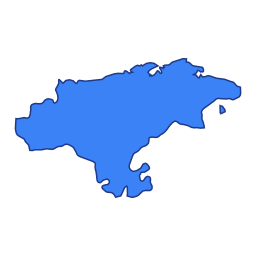 outline of Cantabria
{"feature_id": "ESP-5813", "entity_name": "Cantabria", "entity_type": "Autonomous Community", "adm_level": 1, "iso_a3": "ESP", "parent_name": "Spain", "parent_adm1": "", "projection": "orthographic", "projection_center": [-3.983, 43.14], "detail": "fine", "context": "isolated", "style": "filled", "palette": "blue", "viewbox_px": 256, "rotation_deg": 0, "n_neighbors": 0, "source": "natural_earth", "source_scale": "10m", "svg_char_len": 4221}
<svg xmlns="http://www.w3.org/2000/svg" viewBox="0 0 256 256"><path d="M58.8,79.7L59.0,79.7L59.5,79.8L63.0,83.3L65.8,80.5L69.6,79.8L73.3,80.9L75.8,83.3L76.7,83.3L78.1,81.0L79.3,80.4L85.5,81.2L102.1,79.4L105.8,76.6L114.2,73.9L117.4,73.4L123.3,73.5L124.1,73.0L124.2,72.1L124.4,71.2L125.5,70.8L126.5,71.2L129.7,73.5L130.4,72.6L130.9,72.4L131.6,72.4L132.4,72.2L131.8,71.9L130.6,70.8L130.6,69.7L135.2,66.3L137.5,65.3L139.7,65.9L141.3,64.9L141.7,65.1L142.4,65.9L146.3,63.5L150.3,62.7L154.2,63.4L157.9,65.9L152.1,68.6L149.7,70.2L147.9,72.2L149.3,73.9L150.0,74.4L150.7,74.8L150.2,74.9L149.9,74.9L149.6,75.1L149.7,75.9L151.2,76.0L152.4,75.8L154.3,74.8L155.2,73.9L157.0,71.3L157.5,70.8L158.7,71.2L159.9,73.0L161.2,73.4L161.7,72.7L161.4,71.0L160.6,69.3L159.8,68.4L159.7,67.3L161.6,67.5L162.4,67.8L163.3,68.4L163.5,67.5L164.3,67.3L163.3,65.9L164.7,65.2L168.7,65.0L170.2,64.0L171.5,62.7L173.0,61.9L183.1,58.7L186.5,58.9L186.2,62.0L188.5,62.2L190.3,63.5L191.8,65.0L193.0,65.8L202.2,67.3L202.9,68.0L203.3,68.9L203.5,70.0L203.3,71.6L202.7,71.9L201.9,71.7L200.8,72.0L200.3,71.5L199.0,70.7L197.8,70.3L197.2,71.3L196.7,72.4L195.7,73.4L193.6,74.6L196.2,75.1L197.7,77.2L199.0,78.0L200.8,74.6L202.3,76.7L204.2,76.9L208.1,75.7L210.0,76.0L216.4,78.2L224.6,79.3L230.7,81.5L232.4,81.9L233.8,82.6L236.9,86.1L240.4,87.2L240.5,88.4L240.6,93.8L240.1,95.5L239.2,96.8L233.5,99.7L232.2,99.6L229.3,98.5L225.8,99.0L217.6,98.4L215.8,99.3L214.3,100.8L203.2,108.9L201.8,110.8L201.4,112.5L201.8,113.7L202.0,115.1L202.0,116.5L201.9,117.8L201.9,119.1L202.4,120.4L203.0,121.7L204.0,125.5L204.3,127.8L200.5,128.1L196.5,127.6L194.1,127.8L191.5,127.3L187.9,125.6L184.1,124.6L180.2,124.0L179.1,123.4L177.0,121.7L175.8,121.2L174.3,121.4L172.4,122.7L169.7,125.6L166.5,130.0L164.5,132.1L163.0,133.4L160.5,134.8L158.5,136.6L157.3,137.2L156.0,137.4L152.2,137.1L150.9,137.2L149.7,137.6L148.9,138.3L148.9,139.8L148.8,141.5L148.3,143.3L146.6,145.1L145.3,145.8L143.3,146.5L141.1,147.7L138.4,150.8L135.9,152.4L134.8,152.9L133.8,153.7L133.6,153.9L132.5,156.1L129.4,164.7L129.2,166.1L129.2,167.4L129.8,168.7L130.7,169.9L131.8,170.8L133.1,171.3L134.4,171.3L136.9,170.5L140.4,168.4L141.3,167.4L142.5,165.1L143.1,164.1L144.2,163.7L145.4,163.3L146.5,163.7L147.5,164.6L148.4,165.8L149.2,167.0L149.5,168.2L148.8,169.5L144.7,172.1L140.9,172.4L140.7,173.1L140.6,174.0L139.8,174.8L139.4,175.7L139.9,177.9L140.0,179.2L140.5,180.3L141.5,181.0L142.6,181.1L143.7,180.3L144.8,178.6L145.7,177.3L147.4,176.4L148.7,176.6L149.9,177.2L150.4,178.4L150.5,179.9L150.3,181.8L150.6,183.2L151.7,185.2L152.0,186.1L152.1,187.3L152.0,188.6L151.2,189.7L149.9,190.5L145.3,190.5L142.9,191.0L138.3,195.3L136.7,196.2L134.1,197.0L131.9,197.3L127.2,196.0L127.5,193.0L127.4,191.8L127.3,187.6L127.1,186.6L126.8,186.1L125.7,186.7L124.7,187.5L120.8,195.9L115.6,197.2L114.3,194.8L113.5,193.9L112.3,193.0L111.0,192.5L107.4,192.2L105.9,191.6L103.2,189.3L102.3,188.2L102.0,187.2L102.4,186.1L103.3,185.5L105.8,184.8L107.0,184.7L108.2,184.1L109.0,183.2L109.4,182.0L109.1,180.6L108.2,179.7L107.0,179.0L103.7,180.0L102.5,180.8L100.8,182.4L100.1,182.7L99.1,182.6L98.2,182.1L97.4,181.2L97.2,180.3L97.0,179.5L96.9,178.4L96.7,177.2L96.7,175.8L96.4,174.5L96.3,173.2L96.1,171.9L95.4,169.3L95.1,166.7L95.3,165.4L95.3,164.1L95.0,162.9L93.1,161.5L79.4,156.4L77.5,155.0L76.7,153.7L76.6,153.4L76.1,152.1L73.5,147.6L72.3,146.6L69.1,144.8L67.4,144.3L65.2,144.3L62.7,145.8L61.4,146.3L59.4,146.4L57.7,146.7L53.2,149.2L51.4,149.3L46.6,148.8L41.5,149.8L34.8,149.8L32.6,150.5L29.8,150.4L28.8,145.8L28.2,144.5L25.6,141.9L24.8,140.2L24.0,138.9L18.6,135.9L17.3,134.8L16.4,133.4L15.7,130.5L15.4,128.5L16.0,118.6L17.6,118.8L21.6,118.2L22.9,117.8L24.2,117.6L26.7,118.1L27.9,118.1L29.0,117.3L29.9,115.3L30.3,113.7L30.4,112.2L30.6,110.9L30.9,109.7L30.6,107.2L30.9,105.9L31.7,104.8L33.3,104.0L34.7,103.6L36.1,103.5L37.3,103.7L38.6,103.8L41.4,103.6L42.6,102.9L43.3,102.4L43.9,101.4L44.8,100.3L46.9,99.1L48.1,98.8L49.6,99.0L52.0,99.6L52.9,100.3L53.6,102.4L54.4,103.0L55.5,102.7L56.5,101.9L57.3,100.8L57.8,99.3L58.0,97.5L57.6,94.9L56.4,91.6L55.9,90.8L55.6,89.7L56.0,88.5L57.7,85.6L58.8,83.1L58.7,80.9L58.8,79.7ZM220.1,105.6L222.5,106.4L224.9,109.8L225.1,111.7L220.8,113.7L220.2,112.7L220.1,105.6Z" fill="#3b82f6" stroke="#1e3a8a" stroke-width="1.5"/></svg>